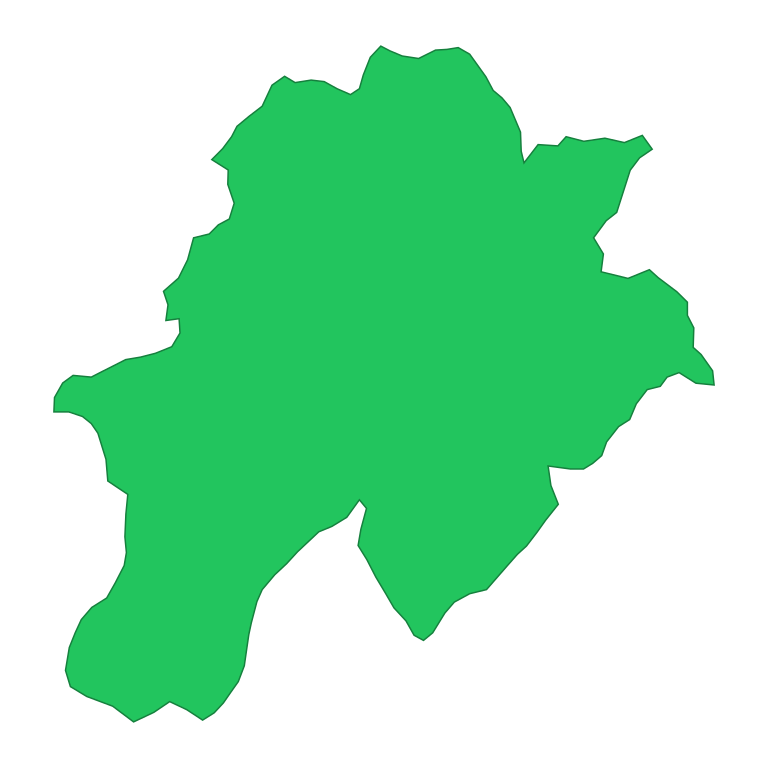 Cássia dos Coqueiros, São Paulo, Brazil
{"feature_id": "56859067B80164547414352", "entity_name": "Cássia dos Coqueiros", "entity_type": "district", "adm_level": 2, "iso_a3": "BRA", "parent_name": "Brazil", "parent_adm1": "São Paulo", "projection": "natural_earth1", "projection_center": [-47.145, -21.267], "detail": "fine", "context": "isolated", "style": "filled", "palette": "green", "viewbox_px": 768, "rotation_deg": 0, "n_neighbors": 0, "source": "geoboundaries", "source_scale": "gbopen_adm2", "svg_char_len": 2038}
<svg xmlns="http://www.w3.org/2000/svg" viewBox="0 0 768 768"><path d="M458.2,47.6L447.0,49.4L435.5,50.1L418.6,58.5L402.2,56.0L390.0,50.9L380.8,46.1L370.3,57.3L363.3,75.0L359.4,88.7L350.5,94.6L337.0,88.7L324.2,81.6L311.1,80.1L295.1,82.6L284.6,76.3L272.0,85.2L262.2,106.2L249.2,116.2L237.0,126.3L231.6,136.7L222.7,148.6L211.8,159.6L228.2,170.0L227.8,184.4L234.2,203.2L229.3,219.0L218.4,224.8L209.2,234.0L193.6,237.8L187.6,259.8L178.5,278.1L163.5,291.3L168.0,304.8L165.9,320.5L179.1,318.7L180.0,333.0L171.8,346.7L155.4,353.3L140.6,357.1L125.7,359.6L102.6,371.3L91.3,377.1L73.1,375.4L62.7,383.0L54.5,397.5L53.9,411.9L68.7,411.9L82.5,416.5L91.3,423.6L97.9,433.2L106.0,459.4L107.8,481.0L117.2,487.3L127.8,494.4L125.9,514.0L124.9,536.8L126.4,552.6L124.2,565.5L115.2,583.0L106.7,598.0L91.8,607.4L81.3,619.6L75.3,632.6L69.3,647.5L65.5,670.4L70.4,686.6L86.8,696.5L112.7,706.2L133.6,721.9L153.9,712.3L169.7,701.6L186.8,709.7L202.6,720.1L214.2,712.8L223.4,702.9L230.6,692.5L238.3,681.6L244.3,665.8L246.8,648.3L248.8,634.6L251.3,622.9L256.9,601.6L262.2,589.6L274.8,574.7L286.6,563.7L297.5,551.8L318.8,531.8L331.9,526.4L346.8,517.3L359.4,499.8L366.5,508.4L360.9,529.2L358.1,545.5L366.9,559.7L375.9,577.2L385.3,592.9L394.0,607.9L406.0,620.9L414.1,635.3L423.5,640.4L432.7,632.8L444.9,613.0L454.3,602.1L469.7,593.7L486.5,589.6L506.8,566.3L517.3,554.4L526.5,546.0L537.0,532.3L545.7,520.1L558.3,504.3L550.9,485.5L548.1,466.0L570.5,469.0L583.5,469.0L592.9,463.2L601.7,455.6L606.6,441.9L618.6,426.6L629.7,419.5L636.3,403.8L647.2,389.6L660.3,386.3L667.1,377.1L679.1,372.6L695.9,383.2L714.1,385.0L712.6,370.8L701.1,354.5L693.2,347.4L693.8,327.9L687.4,315.4L687.4,302.2L676.9,291.8L658.1,277.6L649.4,269.7L628.0,278.4L601.1,271.8L603.4,254.0L593.6,237.8L606.2,220.7L616.7,212.4L630.2,170.2L639.6,157.8L652.2,149.2L642.3,135.4L624.4,142.6L604.9,138.2L583.8,141.3L566.1,136.7L557.9,145.9L538.1,144.6L524.0,162.9L521.2,151.2L520.5,132.1L510.1,107.5L502.0,97.9L493.2,90.5L485.9,76.8L469.7,54.2L458.2,47.6Z" fill="#22c55e" stroke="#15803d" stroke-width="1.5"/></svg>